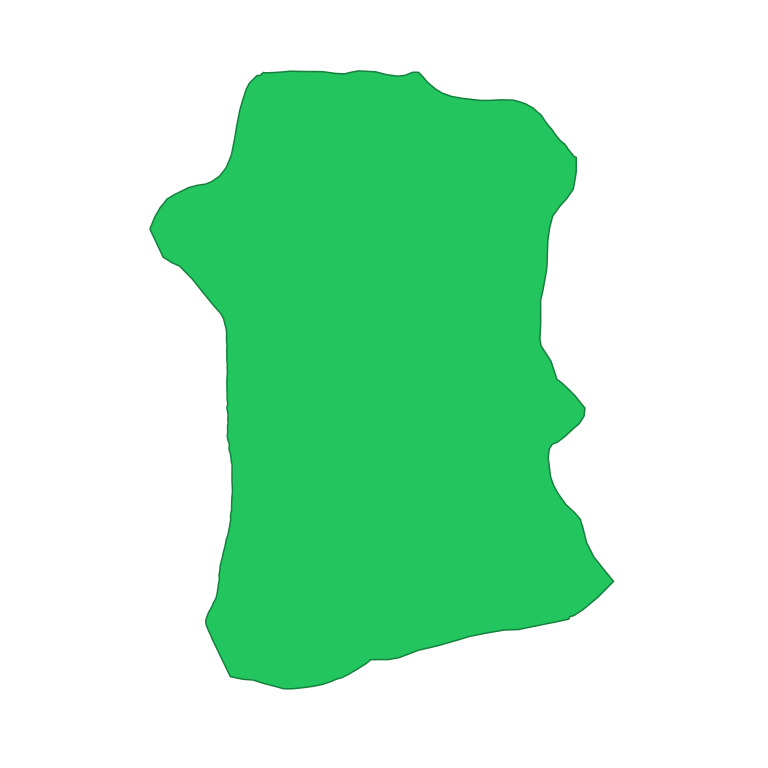 the district of Bambey, Diourbel, Senegal, rotated 186°
{"feature_id": "50182788B75300917140294", "entity_name": "Bambey", "entity_type": "district", "adm_level": 2, "iso_a3": "SEN", "parent_name": "Senegal", "parent_adm1": "Diourbel", "projection": "natural_earth1", "projection_center": [-16.464, 14.81], "detail": "fine", "context": "isolated", "style": "filled", "palette": "green", "viewbox_px": 768, "rotation_deg": 186, "n_neighbors": 0, "source": "geoboundaries", "source_scale": "gbopen_adm2", "svg_char_len": 3270}
<svg xmlns="http://www.w3.org/2000/svg" viewBox="0 0 768 768"><g transform="rotate(186 384 384)"><path d="M506.2,76.9L499.7,76.2L493.4,75.6L483.2,75.9L471.6,73.5L461.9,72.1L451.9,70.4L443.5,71.3L443.2,71.3L436.5,72.7L429.0,74.4L422.4,76.1L413.8,78.8L405.9,82.4L400.4,85.5L398.4,86.3L395.2,87.5L393.4,88.7L389.3,91.3L381.1,97.4L372.2,104.4L368.5,108.4L361.8,109.2L350.7,110.4L340.3,113.5L325.3,121.1L322.0,122.8L302.1,129.7L289.8,134.7L279.1,139.1L272.8,141.8L257.5,146.6L239.2,151.8L224.8,153.8L204.4,160.3L189.0,165.1L176.2,169.3L175.6,169.7L175.3,171.1L175.1,171.9L170.8,173.6L162.5,180.4L148.9,194.4L135.1,211.7L147.7,224.2L157.2,233.9L165.9,247.3L171.4,262.4L174.8,270.1L180.9,275.9L190.6,283.2L199.8,293.7L204.7,301.0L208.3,308.2L210.2,315.5L211.1,320.0L213.1,328.1L213.0,330.0L212.8,336.7L210.3,341.8L205.7,344.1L198.8,350.5L190.4,360.1L185.6,365.1L181.7,373.0L181.6,381.0L185.6,385.0L192.4,391.9L198.3,396.8L207.5,403.8L212.5,406.7L220.3,424.1L224.5,429.4L231.8,438.3L233.7,445.4L233.7,446.0L234.5,460.5L236.2,476.2L236.9,483.2L237.0,483.6L236.7,485.9L235.8,493.2L234.8,506.2L234.3,514.0L234.3,518.7L236.1,544.2L236.0,545.7L235.6,557.0L233.9,568.2L230.5,574.4L227.2,579.9L221.5,587.7L216.2,597.4L215.5,605.7L215.0,615.1L216.4,629.0L216.5,629.4L219.1,630.4L222.2,633.6L224.7,636.0L229.2,641.3L234.4,644.7L240.4,650.8L244.1,655.2L247.6,658.3L251.7,662.7L255.7,667.8L259.4,670.2L264.6,674.0L272.5,677.4L279.3,679.0L285.2,679.8L296.8,678.9L309.2,677.0L317.9,676.1L329.7,676.2L334.2,676.3L336.7,676.3L347.1,677.1L348.7,677.5L356.7,679.4L363.9,682.9L371.6,688.1L377.9,694.0L382.2,697.6L388.1,697.0L395.2,693.2L402.2,691.6L414.0,691.9L424.9,693.6L435.3,693.1L442.3,692.7L447.6,691.1L450.5,690.2L455.6,688.3L464.4,687.8L477.8,688.2L490.5,687.0L496.6,686.4L510.0,685.3L518.2,683.6L524.6,682.5L534.5,681.0L536.6,681.2L539.7,677.8L542.4,677.6L549.3,669.2L551.8,662.8L554.4,650.6L556.0,641.4L557.5,624.4L558.0,614.7L559.7,595.7L563.5,582.8L569.4,573.4L576.7,567.2L582.4,564.1L590.1,562.2L598.8,558.9L612.0,550.6L618.9,545.5L625.2,535.7L626.3,533.1L629.2,526.6L632.9,514.2L632.5,512.8L617.8,488.6L617.3,487.8L617.1,487.3L617.1,487.2L607.3,482.3L599.6,479.9L585.5,468.2L572.9,455.4L562.8,445.3L554.3,437.6L550.5,432.5L546.4,421.3L546.4,421.2L545.8,417.4L545.3,412.2L545.0,409.5L544.1,405.6L543.9,400.4L543.3,396.5L542.7,390.9L541.8,386.6L541.7,384.1L541.1,380.4L540.9,376.8L540.7,372.0L540.2,367.3L539.7,362.8L539.4,360.5L539.2,359.5L538.8,356.7L538.5,352.7L537.3,347.7L537.8,343.8L535.8,337.3L535.7,332.8L534.9,328.8L535.3,326.3L534.5,320.6L534.3,314.9L532.9,310.7L531.5,308.3L531.4,303.7L530.8,301.2L529.9,300.0L528.3,293.9L527.7,290.6L526.7,288.0L526.1,282.3L525.6,277.2L525.3,274.2L524.9,270.6L524.1,265.8L523.5,260.9L523.4,256.4L523.4,254.7L523.0,248.6L522.4,243.0L522.9,237.4L522.3,233.0L522.3,232.7L522.4,231.7L522.7,225.7L523.1,221.9L523.5,217.3L524.6,213.2L524.9,208.9L525.2,205.7L525.5,203.5L525.6,203.3L526.2,199.5L526.6,194.9L527.3,190.5L527.9,186.0L527.8,181.3L528.1,176.6L527.3,172.4L527.8,167.6L527.8,163.5L528.1,157.4L528.9,152.9L530.8,148.6L531.8,145.1L533.1,141.8L534.8,137.9L535.5,134.9L536.4,131.7L536.4,128.9L535.7,126.0L534.4,123.2L533.0,120.9L531.4,118.2L529.7,115.4L528.4,112.7L506.2,76.9Z" fill="#22c55e" stroke="#15803d" stroke-width="1.5"/></g></svg>